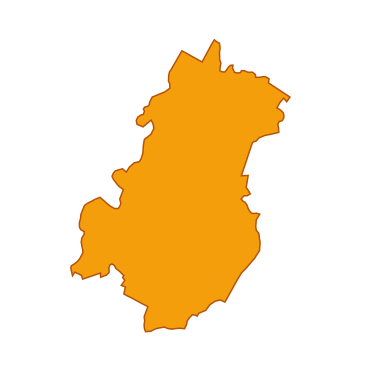 the district of Kuala Lumpur, Kuala Lumpur, Malaysia, rotated 209°
{"feature_id": "92858781B79427410842699", "entity_name": "Kuala Lumpur", "entity_type": "district", "adm_level": 2, "iso_a3": "MYS", "parent_name": "Malaysia", "parent_adm1": "Kuala Lumpur", "projection": "robinson", "projection_center": [101.697, 3.14], "detail": "fine", "context": "isolated", "style": "filled", "palette": "amber", "viewbox_px": 384, "rotation_deg": 209, "n_neighbors": 0, "source": "geoboundaries", "source_scale": "gbopen_adm2", "svg_char_len": 2798}
<svg xmlns="http://www.w3.org/2000/svg" viewBox="0 0 384 384"><g transform="rotate(209 192 192)"><path d="M246.2,336.7L246.5,331.4L246.2,310.6L269.3,310.6L269.6,289.5L269.9,285.9L268.7,282.2L267.5,279.9L266.4,277.6L263.7,275.6L261.7,272.0L264.3,266.4L272.8,255.8L272.8,252.9L272.5,249.6L271.6,247.3L272.2,245.6L274.5,243.3L274.8,241.0L272.8,239.7L272.2,236.4L274.2,234.4L275.7,231.1L275.4,227.5L272.8,224.5L270.2,224.8L266.4,225.2L262.6,235.1L259.1,232.7L256.2,229.1L255.9,222.5L256.5,221.2L259.1,214.9L257.6,210.3L255.6,206.0L253.8,202.1L252.7,196.8L252.7,193.1L256.7,189.5L258.8,183.6L259.1,177.6L264.0,178.6L266.4,176.3L269.3,173.4L269.9,170.4L269.6,167.1L269.3,166.8L266.7,164.8L262.0,162.8L258.5,161.5L253.2,160.8L251.8,150.9L248.6,147.3L248.3,144.3L248.6,141.7L251.8,140.0L256.7,140.0L260.2,140.7L269.9,142.7L273.4,138.4L275.4,135.1L278.0,131.4L279.5,128.1L279.2,125.5L278.3,118.6L276.6,114.6L275.7,110.7L273.4,106.7L271.0,105.1L267.0,105.1L265.8,102.4L266.1,98.5L264.6,94.5L262.0,91.2L259.7,88.6L257.9,85.9L257.9,83.3L257.9,78.7L258.5,75.7L260.0,72.1L261.7,69.1L261.4,67.1L259.7,65.1L255.9,60.8L255.6,65.1L248.3,65.5L245.4,62.8L232.8,76.7L230.5,73.1L228.7,75.4L226.4,78.0L225.5,81.3L226.7,83.6L227.9,85.3L228.5,88.2L227.3,90.2L224.4,90.2L221.5,88.2L217.4,87.6L211.2,85.9L211.2,83.6L208.0,82.3L208.6,76.0L204.2,76.7L202.2,69.8L197.3,69.8L192.6,70.1L188.5,70.1L182.7,70.1L175.1,70.4L173.3,59.5L171.0,56.6L169.5,52.6L167.5,49.6L164.9,47.3L160.5,50.3L157.6,54.6L154.4,57.5L150.6,60.5L147.1,60.8L143.3,62.2L139.8,64.8L136.9,66.8L132.2,68.8L132.5,73.4L133.7,76.7L133.4,80.0L132.2,84.9L129.3,85.9L127.3,85.9L127.3,89.2L122.6,95.2L121.7,102.1L118.8,107.7L115.0,111.3L109.8,111.7L109.8,127.8L109.8,137.7L109.5,145.3L108.6,148.3L107.7,151.6L106.8,156.2L106.0,160.5L105.1,164.1L104.8,169.7L104.5,173.4L106.3,177.3L108.0,180.9L110.9,184.6L113.5,188.2L117.3,189.8L119.4,192.5L122.3,198.8L122.0,205.4L125.5,204.7L127.8,203.0L129.3,202.4L131.9,203.0L134.8,204.7L137.2,207.0L140.4,208.7L142.7,208.7L145.6,209.6L144.8,213.9L142.1,215.3L140.1,218.6L143.3,220.5L146.8,222.2L150.9,233.7L156.7,230.1L163.1,264.4L162.0,266.4L160.5,267.7L159.6,272.0L155.5,277.0L151.5,280.3L145.0,286.2L147.7,290.5L149.7,292.5L150.0,295.8L147.7,298.1L147.7,301.4L149.1,304.0L150.9,305.7L153.2,306.3L155.5,306.7L158.5,306.7L158.5,309.6L158.5,312.9L157.3,318.5L152.9,316.9L152.3,322.5L178.0,324.5L179.5,328.4L183.8,328.4L185.6,327.4L188.5,325.1L192.0,323.2L193.5,325.5L197.2,326.1L201.3,323.8L205.1,323.5L207.5,322.2L207.5,319.9L209.2,318.5L212.7,317.2L216.5,319.9L217.7,322.8L219.7,321.5L220.6,319.2L220.9,315.9L221.5,312.9L224.1,311.6L226.4,311.6L227.9,314.9L229.3,318.9L232.0,321.2L233.4,323.8L235.5,327.1L237.2,331.4L240.1,335.4L243.0,335.4L246.2,335.7L246.2,336.7Z" fill="#f59e0b" stroke="#b45309" stroke-width="1.5"/></g></svg>